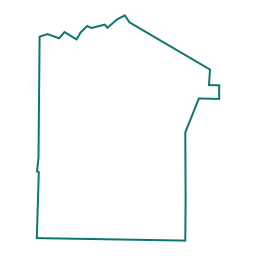 Jefferson, Pennsylvania, United States of America
{"feature_id": "52423323B89311736778366", "entity_name": "Jefferson", "entity_type": "district", "adm_level": 2, "iso_a3": "USA", "parent_name": "United States of America", "parent_adm1": "Pennsylvania", "projection": "albers", "projection_center": [-79.001, 41.141], "detail": "fine", "context": "isolated", "style": "outline", "palette": "teal", "viewbox_px": 256, "rotation_deg": 0, "n_neighbors": 0, "source": "geoboundaries", "source_scale": "gbopen_adm2", "svg_char_len": 407}
<svg xmlns="http://www.w3.org/2000/svg" viewBox="0 0 256 256"><path d="M80.6,32.5L76.5,39.4L64.5,32.1L59.1,38.3L47.5,34.1L39.6,36.7L38.5,157.9L37.0,171.4L38.8,172.1L36.8,238.1L185.3,240.6L185.6,198.6L185.3,132.3L198.9,98.5L219.1,98.9L219.2,85.3L209.0,85.1L210.0,69.6L129.4,22.3L124.8,15.4L117.4,19.2L107.4,27.8L104.8,24.6L91.3,28.0L87.2,26.0L80.6,32.5Z" fill="none" stroke="#0f766e" stroke-width="2"/></svg>